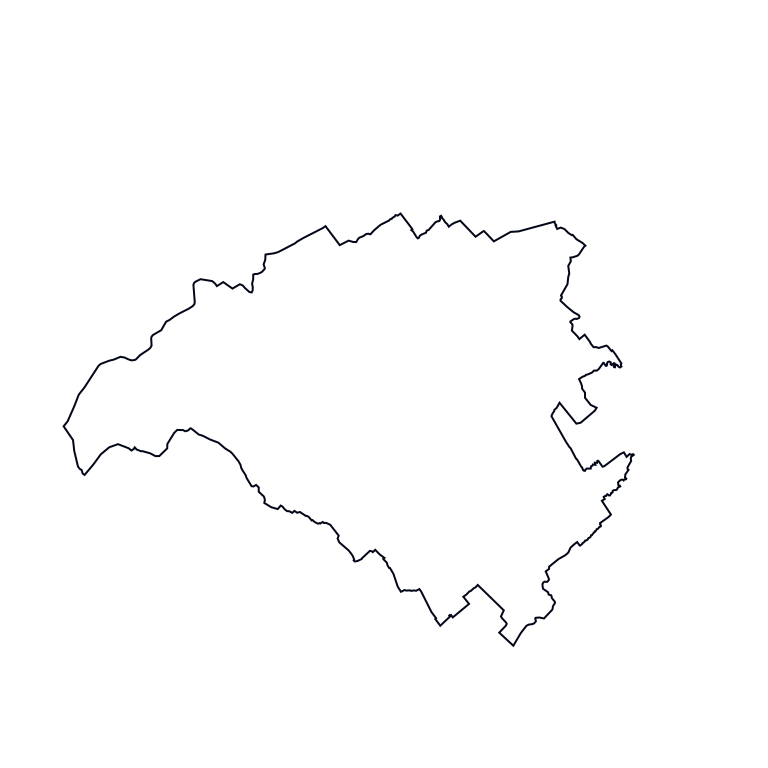 the district of Kota Pasuruan, Jawa Timur, Indonesia, rotated 209°
{"feature_id": "22746128B86769429493629", "entity_name": "Kota Pasuruan", "entity_type": "district", "adm_level": 2, "iso_a3": "IDN", "parent_name": "Indonesia", "parent_adm1": "Jawa Timur", "projection": "albers", "projection_center": [112.897, -7.652], "detail": "fine", "context": "isolated", "style": "outline", "palette": "ink", "viewbox_px": 768, "rotation_deg": 209, "n_neighbors": 0, "source": "geoboundaries", "source_scale": "gbopen_adm2", "svg_char_len": 6166}
<svg xmlns="http://www.w3.org/2000/svg" viewBox="0 0 768 768"><g transform="rotate(209 384 384)"><path d="M643.7,191.7L628.8,184.2L622.4,175.2L611.6,163.4L608.7,162.2L606.8,162.2L604.1,159.6L601.8,159.3L599.2,172.6L597.6,185.2L593.6,195.5L587.5,202.4L576.3,204.0L572.6,203.4L571.3,206.0L571.3,207.7L568.5,206.8L563.9,207.4L562.6,208.2L554.9,210.0L549.0,210.1L545.6,212.0L542.4,222.6L544.4,226.5L543.8,239.5L542.6,243.6L537.3,246.3L534.9,246.3L532.9,248.3L531.9,251.3L530.8,251.6L521.5,250.0L517.1,250.9L509.5,251.1L500.4,252.4L491.6,250.6L485.5,250.3L482.8,249.6L473.8,245.9L470.4,243.8L468.3,241.5L466.4,240.2L460.5,237.0L458.8,235.3L450.3,230.4L448.5,231.1L446.9,233.7L443.4,232.8L441.3,229.0L434.6,227.4L433.6,226.6L432.0,224.9L431.0,221.9L422.7,221.6L416.3,223.1L415.4,227.6L413.4,227.6L409.9,226.2L407.2,225.8L405.1,226.8L401.8,226.8L400.8,229.6L397.5,229.3L395.5,231.3L388.2,230.7L387.8,231.2L385.5,231.3L381.1,229.6L380.6,230.3L377.8,229.7L374.0,229.8L372.9,231.1L372.2,231.0L370.7,233.6L368.9,233.3L367.4,234.5L362.7,234.8L350.1,229.4L349.6,226.3L346.3,223.8L334.6,221.4L331.5,220.2L327.7,218.3L325.0,216.0L325.0,215.0L323.5,214.6L321.3,216.4L318.7,220.1L318.7,221.2L315.4,231.3L313.3,231.8L312.3,231.5L311.3,234.7L305.0,232.8L299.3,232.1L299.9,230.7L299.6,230.5L294.9,229.1L293.0,227.1L290.4,225.6L289.7,226.0L283.8,222.6L273.6,213.3L268.4,210.5L266.2,213.7L264.2,214.2L261.3,216.1L260.0,216.2L257.7,218.0L255.7,218.7L253.6,221.8L250.7,220.4L232.0,207.6L224.9,204.4L225.2,203.3L217.6,199.9L213.6,212.4L214.7,213.1L214.4,213.8L213.7,213.5L213.3,214.4L210.7,213.2L203.0,232.9L211.5,236.4L209.8,239.9L208.8,243.9L207.8,245.0L206.5,248.8L205.4,250.5L204.6,253.7L169.5,244.1L169.0,237.4L167.3,236.4L161.7,234.6L160.4,233.7L160.3,231.5L162.7,222.4L144.0,217.8L143.6,232.6L142.2,241.6L140.6,243.9L138.2,245.6L136.7,247.3L136.1,250.1L138.1,252.3L137.9,253.1L134.9,255.1L130.4,256.5L127.5,267.9L127.5,269.0L128.5,271.5L128.3,275.5L129.2,276.5L133.6,278.2L134.4,279.5L135.3,280.2L138.0,279.7L139.5,281.4L145.5,282.0L147.0,283.6L148.4,285.9L148.4,287.9L147.6,289.0L145.3,290.1L144.8,292.6L145.5,293.7L151.7,298.5L150.0,302.2L151.0,304.3L146.5,315.5L142.7,321.7L141.6,324.2L141.1,326.1L141.5,331.4L139.9,336.1L138.4,339.4L134.5,337.6L134.0,337.9L133.0,340.6L133.2,341.2L132.2,342.9L132.2,344.5L131.5,344.9L130.4,346.7L130.6,348.1L129.3,350.0L129.5,352.1L128.9,352.5L128.5,355.4L127.9,356.5L128.3,357.1L127.4,358.6L127.6,360.1L126.7,361.1L126.3,363.2L125.4,364.5L125.5,365.2L126.9,365.9L126.8,366.5L127.6,367.1L123.2,376.3L122.2,379.8L136.8,387.5L135.2,390.4L137.1,391.7L136.5,393.0L135.4,393.9L135.6,395.1L135.2,395.9L133.2,395.6L132.4,396.0L132.2,397.6L132.6,398.5L131.5,399.9L132.2,401.3L131.6,402.4L129.2,404.2L129.2,406.9L127.7,409.0L128.3,409.4L130.0,409.2L131.6,411.4L131.4,412.3L130.6,414.6L129.6,415.7L128.0,416.2L127.6,416.0L127.5,417.0L126.1,418.1L126.2,418.7L127.9,419.1L129.1,422.0L128.5,427.4L129.7,427.7L130.6,429.1L130.5,436.5L132.2,438.7L132.5,440.1L131.2,443.1L132.1,443.4L133.6,441.9L135.2,441.8L136.5,437.9L141.1,440.5L143.4,437.2L151.5,418.9L152.8,417.6L158.8,420.5L159.8,420.6L160.1,420.3L159.4,418.4L161.4,417.4L159.9,415.8L162.3,414.9L162.1,413.6L163.0,412.4L162.2,410.2L165.6,408.4L166.3,406.7L166.1,405.5L167.0,405.1L168.3,405.3L170.2,407.0L171.6,407.4L178.4,411.5L180.0,411.9L189.6,418.3L191.2,418.7L197.1,421.8L221.9,437.0L222.3,439.5L222.0,442.8L222.5,443.9L221.4,446.8L221.4,452.7L196.5,442.6L193.2,445.5L186.7,462.8L186.5,466.3L193.1,465.9L201.5,469.4L204.0,473.9L208.4,475.9L209.8,478.1L212.2,480.3L215.8,482.8L214.0,486.4L212.0,488.8L211.9,489.9L211.0,490.5L207.9,494.4L207.0,496.5L207.1,497.1L206.5,497.8L204.4,498.8L203.4,501.2L202.5,508.8L202.0,509.0L199.3,507.5L198.5,507.5L198.1,507.9L198.3,509.1L198.8,509.7L199.0,511.6L198.0,512.8L196.3,512.9L195.8,512.5L195.5,511.2L194.2,510.9L192.9,513.8L191.6,513.6L191.5,511.5L191.8,511.1L190.9,510.3L190.1,510.6L190.6,512.4L190.1,513.5L188.8,513.6L187.4,512.9L185.7,512.8L184.8,514.4L186.3,515.7L186.4,517.1L196.0,522.2L200.6,524.2L201.0,523.1L206.5,525.3L208.1,525.4L213.7,519.6L216.4,519.1L218.5,517.8L223.0,519.6L223.7,520.4L232.4,524.4L234.9,518.0L238.0,519.5L245.6,521.8L247.3,526.4L248.1,527.4L251.0,528.4L251.3,529.0L249.5,532.7L248.4,533.8L246.9,534.4L245.4,536.3L245.6,537.7L247.0,538.6L253.0,538.7L260.8,540.1L270.0,542.4L270.6,543.8L270.1,545.1L270.6,546.3L271.1,546.9L272.0,547.0L272.1,547.4L271.9,560.2L274.8,567.1L275.5,570.4L280.1,576.6L280.1,582.0L282.3,584.9L280.4,586.3L277.1,589.8L276.3,591.8L275.6,600.8L274.9,602.6L278.7,603.6L285.8,603.9L291.3,605.9L292.0,605.2L296.0,605.5L301.2,607.0L305.2,606.5L307.7,603.6L310.7,605.7L310.4,606.5L312.3,607.2L313.5,608.7L340.4,582.6L346.9,578.5L357.1,562.0L370.4,566.2L371.0,566.1L375.3,557.2L396.5,563.8L400.3,559.4L402.2,556.4L403.6,553.0L406.2,554.5L409.0,555.2L411.7,556.7L414.2,557.5L414.3,558.0L415.6,558.8L416.3,557.7L414.7,555.0L414.6,553.5L416.9,551.3L417.4,550.4L419.6,540.5L421.0,538.8L420.6,536.7L423.6,532.9L424.5,531.1L424.4,529.0L425.0,527.8L426.7,528.2L432.5,531.5L434.7,531.9L434.2,533.1L434.9,533.5L452.2,541.1L453.7,537.9L455.8,537.3L455.9,535.6L457.3,533.2L457.3,532.2L458.6,530.9L458.8,529.5L464.2,521.6L467.3,513.3L468.4,508.5L468.8,508.1L470.2,508.0L472.2,506.7L473.8,503.3L476.6,499.9L477.1,497.4L477.1,494.7L479.5,493.4L484.5,492.2L490.0,484.0L511.7,493.7L513.2,490.6L525.4,472.5L529.1,466.3L529.9,464.1L540.5,448.1L543.3,445.2L550.4,439.8L548.0,434.9L547.3,430.3L544.4,427.6L544.2,426.5L545.2,422.6L546.9,420.2L548.1,418.9L550.8,417.2L551.4,416.3L549.2,412.2L547.9,407.6L546.0,405.5L544.3,402.3L544.1,399.9L546.4,399.2L552.4,400.6L555.2,401.7L558.4,401.4L562.8,394.0L574.0,395.2L577.6,388.6L580.5,390.0L584.1,390.7L585.0,390.4L595.3,386.7L598.7,381.7L599.1,380.3L598.8,378.4L589.3,364.0L588.6,362.0L589.0,359.5L591.3,355.2L597.1,346.6L600.3,341.2L602.6,336.1L604.8,332.8L604.9,323.1L609.8,314.9L610.2,312.8L609.9,311.3L605.9,304.9L605.9,302.2L606.7,300.0L611.3,291.1L612.9,285.3L613.7,284.1L616.2,282.3L619.6,281.6L623.6,281.4L627.7,280.0L632.2,274.3L635.6,271.2L641.5,264.2L642.5,261.6L644.3,235.8L645.8,226.8L644.1,214.3L642.6,198.0L643.7,191.7Z" fill="none" stroke="#020617" stroke-width="2"/></g></svg>